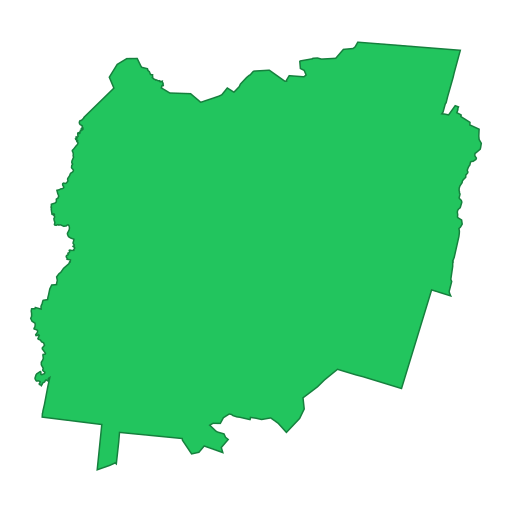 Pededzes pag., Aluksne, Latvia
{"feature_id": "27541924B28256334798833", "entity_name": "Pededzes pag.", "entity_type": "district", "adm_level": 2, "iso_a3": "LVA", "parent_name": "Latvia", "parent_adm1": "Aluksne", "projection": "albers", "projection_center": [27.465, 57.478], "detail": "fine", "context": "isolated", "style": "filled", "palette": "green", "viewbox_px": 512, "rotation_deg": 0, "n_neighbors": 0, "source": "geoboundaries", "source_scale": "gbopen_adm2", "svg_char_len": 5751}
<svg xmlns="http://www.w3.org/2000/svg" viewBox="0 0 512 512"><path d="M401.5,388.5L431.6,289.9L450.7,295.9L449.8,293.9L449.2,291.9L449.2,291.2L451.7,281.5L450.8,279.3L452.7,266.4L452.7,263.7L452.8,263.2L452.7,262.8L452.8,262.1L453.1,262.0L452.9,261.6L453.0,261.4L452.8,261.1L453.0,260.8L452.8,260.4L453.4,259.7L453.6,258.7L454.1,257.8L458.9,236.5L459.3,233.3L459.4,231.3L459.3,230.5L458.9,228.6L460.5,227.0L462.2,224.1L461.6,220.0L457.9,217.7L457.5,217.0L457.7,214.7L457.3,212.0L457.7,210.3L458.6,209.0L459.9,208.0L460.3,207.4L461.8,202.4L461.7,201.5L461.3,200.4L459.5,198.6L459.1,197.9L460.0,194.3L460.0,193.9L459.5,193.2L459.4,191.5L459.1,190.4L459.2,188.1L460.0,185.8L462.1,182.7L462.3,181.2L463.3,179.7L465.7,177.3L465.8,175.1L467.8,172.7L467.8,171.6L467.3,170.8L467.3,170.2L467.7,168.8L468.8,166.4L469.8,165.1L470.5,162.1L471.7,161.4L473.0,161.4L475.9,159.5L476.4,158.1L474.9,155.9L474.8,154.7L475.1,153.3L476.1,152.7L480.2,149.2L480.6,147.7L481.3,143.3L479.1,139.5L478.8,136.1L479.1,129.2L469.8,124.9L470.0,122.5L469.9,122.3L460.9,116.6L460.8,116.3L461.2,115.1L460.9,114.8L456.8,112.7L457.9,109.7L457.6,109.3L458.5,106.9L455.2,105.7L448.6,114.9L444.8,114.1L441.8,113.8L443.0,112.2L445.3,103.8L446.1,102.8L447.6,96.7L453.1,77.4L454.2,72.7L460.3,50.3L357.8,42.2L355.1,46.9L353.1,48.5L343.4,49.4L335.7,58.3L321.5,59.1L317.5,58.0L312.9,58.3L312.4,58.8L300.5,60.9L299.8,61.3L300.4,68.5L304.2,70.4L306.1,75.0L303.9,76.8L289.2,75.7L286.6,80.0L286.5,80.5L286.6,81.1L284.8,81.2L269.3,70.2L254.1,71.1L253.2,71.5L250.0,75.1L249.4,75.2L246.6,77.5L240.4,84.1L239.3,86.6L233.9,92.2L227.3,88.0L221.8,94.8L218.8,96.2L200.7,102.3L190.6,93.7L169.8,93.0L161.3,87.9L161.6,87.5L161.6,86.8L162.0,85.7L163.1,85.7L163.3,85.5L162.8,84.3L163.2,84.0L163.0,83.6L163.0,83.1L162.5,82.4L162.4,82.1L162.1,81.8L162.2,81.3L161.5,81.6L161.0,81.3L160.6,81.7L160.2,81.8L159.9,81.6L159.8,81.0L159.5,80.7L158.2,80.8L156.4,79.9L155.7,80.1L155.1,79.5L154.0,79.2L153.7,78.7L152.3,77.6L152.7,76.9L152.5,75.9L152.6,74.8L150.5,74.5L149.3,71.6L147.8,70.4L147.7,69.3L147.4,68.7L141.7,67.3L140.9,66.1L137.2,58.5L126.8,58.6L117.2,64.4L109.3,77.2L113.9,88.1L83.9,117.4L84.0,117.8L81.8,120.0L81.1,120.5L80.2,120.6L79.8,120.9L79.5,121.6L79.3,122.7L79.6,123.8L80.2,124.6L82.2,125.7L82.2,126.7L82.6,127.4L81.6,128.3L82.2,128.5L82.9,128.2L83.0,129.0L82.9,129.4L81.7,130.2L81.4,130.6L81.2,130.6L81.1,129.9L80.5,130.2L80.5,130.8L80.0,131.6L80.0,132.8L79.7,133.4L79.2,133.5L79.1,132.5L77.9,132.9L77.7,133.4L77.9,134.4L77.7,134.8L78.1,136.3L77.1,137.4L76.2,136.8L76.0,137.1L76.2,137.9L76.8,138.3L76.8,138.6L76.4,139.0L75.6,138.9L75.7,139.3L76.5,139.6L76.5,140.3L77.6,140.5L77.6,140.8L77.4,141.2L76.8,141.3L76.9,141.7L77.9,142.4L78.0,142.9L77.7,144.0L77.2,144.8L76.4,145.5L73.7,149.0L72.3,150.4L72.4,151.3L73.1,152.6L73.3,154.2L73.1,155.9L73.6,157.1L71.9,161.1L71.8,162.7L72.0,163.2L72.6,163.9L72.6,164.3L71.8,165.3L71.5,167.5L71.7,168.0L73.2,169.7L73.4,170.4L73.2,171.2L72.6,172.0L70.7,173.2L70.3,173.8L69.5,175.9L67.7,178.5L67.6,179.6L68.0,180.9L66.8,182.6L66.1,183.2L65.5,183.4L63.4,183.1L62.7,183.7L62.6,184.9L63.8,187.1L63.8,187.5L63.5,188.0L62.2,188.7L60.7,188.9L59.4,189.7L56.9,190.3L57.8,193.8L58.5,195.3L58.7,196.5L58.3,197.0L58.2,197.8L56.3,199.2L56.4,201.0L56.1,202.2L54.9,203.1L51.4,204.2L51.3,204.7L51.4,205.7L51.0,207.2L51.5,207.8L51.2,209.0L52.0,214.3L52.5,214.6L53.0,214.4L53.2,213.9L53.9,213.8L54.4,214.5L53.8,215.4L54.6,216.3L54.5,217.5L53.9,218.6L54.1,220.1L54.9,222.5L54.4,224.5L54.7,225.0L56.1,225.3L57.9,224.6L58.7,225.1L60.5,224.8L63.8,226.3L66.3,225.9L67.4,224.9L68.2,224.9L68.6,225.2L69.2,226.3L69.4,227.3L69.4,228.6L69.1,230.0L67.4,233.3L67.6,234.7L68.5,236.6L69.0,237.0L70.8,238.1L73.9,239.2L73.9,239.7L73.0,243.1L73.5,244.0L74.1,244.6L74.3,245.1L73.9,245.8L73.0,246.3L73.5,246.9L74.4,247.1L74.7,247.7L74.5,248.6L73.8,249.4L73.8,250.4L70.9,250.4L70.0,250.0L69.4,250.2L69.2,250.4L69.3,250.7L69.6,251.4L69.5,252.2L68.7,252.9L68.0,253.1L67.9,253.6L68.2,254.4L67.7,255.0L66.6,255.5L66.3,256.1L66.2,256.6L66.5,257.4L67.3,258.7L67.1,259.3L70.5,259.9L70.2,262.0L69.6,261.9L68.9,263.7L63.6,268.3L60.8,272.3L59.0,273.7L56.6,276.9L57.3,280.3L56.5,283.9L56.6,284.6L51.7,285.0L49.8,288.9L48.5,295.1L47.9,297.4L47.6,299.6L43.2,300.3L42.8,301.0L42.1,303.9L41.4,305.2L41.0,306.3L41.1,309.1L35.3,307.5L34.9,308.7L31.6,308.8L31.2,311.0L31.6,313.5L31.6,316.3L30.7,318.4L32.0,321.2L35.0,323.2L35.2,324.8L34.9,326.9L34.0,328.4L34.1,329.0L36.7,329.8L37.7,330.9L37.4,332.4L35.7,334.7L36.0,335.6L37.4,335.5L38.4,334.6L39.3,335.4L37.9,338.7L38.3,339.2L40.5,340.1L41.5,341.8L43.6,342.8L44.5,345.3L42.3,347.9L42.3,348.9L45.5,353.3L45.3,353.9L45.0,354.2L43.1,354.4L42.9,355.0L43.3,358.3L42.6,360.2L41.3,362.2L41.3,364.8L43.2,368.3L42.7,370.1L43.4,371.1L44.8,372.1L44.8,373.0L44.3,373.7L41.7,374.7L40.9,374.4L40.9,372.0L40.3,371.5L36.8,373.8L36.0,374.9L35.0,378.1L35.1,378.9L36.1,380.7L36.8,381.1L38.4,380.8L40.1,381.6L40.1,382.4L39.2,383.8L39.4,384.5L40.8,385.0L41.3,385.7L42.2,384.3L42.5,383.2L44.6,381.9L45.6,380.2L46.2,379.9L47.4,380.8L48.4,381.0L48.5,380.2L48.3,379.5L48.3,379.0L48.5,378.4L49.8,377.5L47.8,386.7L44.5,404.2L44.1,405.9L43.4,408.9L42.9,411.0L42.8,412.3L42.4,413.5L42.2,417.1L101.8,424.5L97.2,469.8L109.9,465.3L114.6,463.2L115.0,462.8L116.3,463.9L118.7,442.1L119.5,432.4L182.2,438.5L182.5,440.3L191.6,453.9L198.9,452.3L204.2,446.0L222.8,452.6L221.3,447.5L228.2,439.5L225.5,437.3L224.0,433.9L217.4,432.0L215.8,431.0L209.7,425.2L213.0,423.3L220.3,423.4L223.4,417.7L229.2,414.0L231.4,414.4L233.0,415.6L237.0,416.9L239.6,417.2L250.0,419.6L250.3,418.9L250.4,417.4L255.9,418.2L261.6,419.5L270.7,417.9L278.2,423.3L286.4,432.4L299.6,418.5L304.2,409.0L303.0,397.8L317.5,386.8L324.5,379.9L337.5,369.3L356.0,374.9L363.0,376.7L401.5,388.5Z" fill="#22c55e" stroke="#15803d" stroke-width="1.5"/></svg>